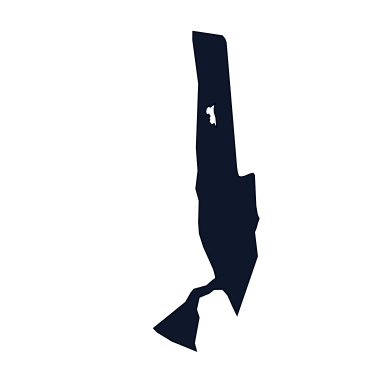 outline of South-East, rotated 162°
{"feature_id": "BWA-2648", "entity_name": "South-East", "entity_type": "District", "adm_level": 1, "iso_a3": "BWA", "parent_name": "Botswana", "parent_adm1": "", "projection": "equal_earth", "projection_center": [25.773, -25.011], "detail": "fine", "context": "isolated", "style": "filled", "palette": "ink", "viewbox_px": 384, "rotation_deg": 162, "n_neighbors": 0, "source": "natural_earth", "source_scale": "10m", "svg_char_len": 1064}
<svg xmlns="http://www.w3.org/2000/svg" viewBox="0 0 384 384"><g transform="rotate(162 192 192)"><path d="M270.4,74.2L232.0,88.9L223.9,96.3L220.1,98.7L207.1,98.1L198.9,101.6L196.9,102.0L195.5,103.6L195.1,111.9L197.7,136.5L197.6,150.0L194.9,160.9L187.6,181.4L187.1,193.9L179.5,210.2L174.0,232.6L152.0,292.7L144.0,336.4L141.4,344.2L115.1,331.0L113.7,327.4L113.6,323.6L142.3,201.3L143.0,196.7L143.1,192.3L140.6,190.9L137.3,190.5L130.4,191.0L128.3,190.7L127.8,189.3L127.7,188.7L135.8,159.2L137.1,150.5L136.7,146.0L139.0,143.1L142.2,138.2L145.2,134.6L149.9,110.7L187.1,61.3L188.4,70.9L189.6,82.9L192.8,90.2L201.3,92.8L207.2,90.6L217.9,89.8L224.3,79.0L224.3,70.5L236.7,47.6L237.1,39.8L256.9,56.5L268.1,69.6L270.4,74.1L270.4,74.2ZM150.0,250.0L149.6,246.6L148.4,246.2L147.4,249.3L146.1,255.2L146.0,260.4L145.1,264.2L143.0,267.8L143.0,268.7L145.6,268.3L148.3,267.3L150.0,268.8L152.9,267.1L154.5,263.8L154.4,260.5L152.2,260.6L151.6,258.7L153.3,256.9L153.0,255.3L154.6,253.2L153.4,251.7L152.9,249.3L150.0,250.0Z" fill="#0f172a" stroke="#020617" stroke-width="1.5"/></g></svg>